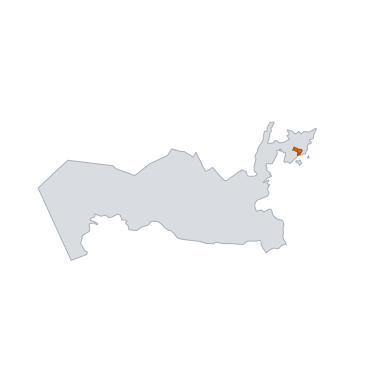 location of Altiarik, Ferghana, Uzbekistan, rotated 325°
{"feature_id": "79887680B43666703114629", "entity_name": "Altiarik", "entity_type": "district", "adm_level": 2, "iso_a3": "UZB", "parent_name": "Uzbekistan", "parent_adm1": "Ferghana", "projection": "orthographic", "projection_center": [71.41, 40.491], "detail": "fine", "context": "in_parent", "style": "filled", "palette": "amber", "viewbox_px": 384, "rotation_deg": 325, "n_neighbors": 0, "source": "geoboundaries", "source_scale": "gbopen_adm2", "svg_char_len": 4587}
<svg xmlns="http://www.w3.org/2000/svg" viewBox="0 0 384 384"><g transform="rotate(325 192 192)"><path d="M290.7,182.2L295.9,179.7L298.7,181.4L299.0,182.4L295.8,184.2L293.0,185.2L292.1,187.5L289.3,188.5L286.5,191.8L282.0,195.0L281.9,195.7L282.3,196.3L283.7,196.7L286.7,198.5L289.5,197.5L290.2,197.8L290.9,198.8L291.7,201.8L292.9,202.7L297.0,204.2L300.1,204.3L301.6,204.9L301.9,204.6L302.1,200.2L303.4,200.9L304.8,200.3L305.3,198.1L305.0,196.7L306.0,195.8L306.6,196.4L306.6,197.7L308.1,198.6L309.2,200.8L309.5,203.3L312.4,204.0L313.4,203.5L314.2,203.7L314.6,206.9L315.0,207.2L317.5,206.5L319.8,207.8L322.4,210.2L325.2,210.4L325.8,210.8L327.8,210.4L330.1,211.0L330.2,211.4L329.8,211.9L324.3,215.0L322.8,217.0L321.6,217.7L318.2,216.6L317.7,217.9L318.3,219.1L317.5,220.4L315.8,220.0L315.5,219.3L313.8,219.7L311.9,221.8L310.9,223.6L309.1,224.1L306.6,225.9L305.5,224.5L303.7,224.7L301.3,223.3L300.2,223.0L289.4,224.8L288.5,224.5L287.4,222.1L284.8,220.8L284.9,219.6L290.4,214.7L291.1,213.2L289.3,212.3L289.6,211.0L286.1,207.0L285.4,206.7L284.9,206.9L283.6,209.8L274.0,214.7L272.6,214.2L270.5,212.3L269.2,211.6L267.4,213.1L267.4,215.1L265.6,216.5L267.1,221.7L266.9,222.4L265.7,222.5L266.6,224.5L265.8,224.7L261.2,223.8L255.9,224.9L256.0,225.7L260.8,225.7L261.4,226.1L261.5,226.7L261.2,227.1L258.7,227.5L258.4,228.3L259.7,230.6L259.1,231.1L258.2,230.7L257.4,232.1L255.8,232.0L254.8,236.4L253.4,237.9L251.6,238.6L240.3,236.1L237.3,237.4L235.3,239.3L233.8,244.1L233.9,244.6L238.7,246.7L239.4,249.7L245.2,250.2L246.2,250.7L246.7,251.4L246.9,252.2L245.1,257.0L245.6,261.2L246.5,263.2L249.8,267.1L249.6,269.1L248.7,270.9L247.7,272.5L246.6,273.1L245.1,275.0L243.7,277.5L241.0,280.6L240.1,282.4L239.6,287.6L238.9,289.2L238.8,288.6L237.9,287.9L235.3,287.6L234.8,286.9L231.4,288.0L229.3,287.4L227.2,285.1L223.1,284.1L217.8,284.3L217.9,278.9L218.4,274.9L220.3,271.8L220.3,271.2L219.4,270.1L216.3,269.0L212.8,266.3L209.5,264.4L207.6,263.8L205.3,264.5L203.4,264.1L194.8,257.0L187.5,251.8L182.6,246.6L180.1,246.9L173.8,241.9L169.9,236.8L156.8,225.1L154.3,222.3L153.7,220.9L153.3,214.4L152.3,211.4L150.7,209.6L149.5,206.4L148.0,198.6L147.4,197.2L143.5,193.6L141.3,192.5L139.5,192.8L138.4,194.0L137.0,193.9L131.1,191.9L124.4,191.7L119.1,187.1L118.8,186.5L119.0,185.4L120.4,183.1L120.3,181.9L119.7,180.6L119.9,179.4L120.5,178.7L121.5,179.1L122.0,178.7L121.9,178.0L120.8,176.3L118.4,174.5L119.0,173.6L119.5,171.2L120.0,170.0L119.7,169.5L118.0,167.4L111.6,166.5L110.2,165.7L109.1,164.9L108.2,162.0L107.7,161.3L103.5,159.6L99.7,154.3L98.5,156.2L97.6,156.5L94.3,155.4L92.4,156.5L95.8,161.8L96.5,163.4L96.3,164.3L95.1,164.2L94.4,161.8L93.8,161.1L90.0,159.2L88.5,160.4L87.9,162.2L85.7,165.0L83.6,165.3L78.8,164.7L77.3,165.1L76.2,165.8L73.9,168.3L71.2,170.0L70.6,178.8L71.8,181.2L69.9,182.8L53.8,178.7L68.2,100.5L91.8,97.0L108.5,94.8L141.7,124.6L142.5,125.7L142.7,127.9L143.4,129.7L154.5,145.7L173.7,144.7L192.8,148.0L200.2,145.0L205.5,151.8L208.8,154.4L213.0,164.1L217.9,161.9L216.4,173.1L215.6,176.4L215.1,183.1L222.9,183.8L224.0,194.7L225.3,201.6L227.0,202.5L242.0,202.3L243.1,202.8L245.3,202.2L246.6,204.4L248.0,205.9L246.8,210.6L248.6,212.6L252.7,215.0L255.3,215.0L255.7,214.2L255.7,213.1L255.1,211.9L255.2,210.5L255.6,209.5L258.2,206.0L262.4,202.6L263.4,201.3L263.8,199.1L265.3,197.9L268.8,196.5L269.3,195.4L273.6,192.7L278.5,191.0L280.7,189.6L282.8,186.9L285.9,184.1L287.1,184.1L287.9,185.0L288.6,185.0L290.7,182.2ZM289.5,208.9L289.0,207.5L288.2,207.0L287.8,207.2L289.0,208.9L289.5,208.9ZM298.5,231.6L295.3,231.5L295.8,229.4L294.7,228.4L294.5,227.3L294.7,226.3L295.5,226.0L296.4,227.5L298.9,228.2L298.1,229.7L298.7,231.2L298.5,231.6ZM308.2,229.3L307.6,231.2L306.2,230.4L306.4,229.9L308.2,229.3Z" fill="#d9dde1" stroke="#a8b0b8" stroke-width="1"/><path d="M301.3,218.9L301.6,219.1L301.5,219.8L301.9,219.9L301.9,220.2L302.3,220.5L302.0,220.6L301.5,220.8L301.1,220.9L301.0,221.2L300.8,221.6L300.4,221.7L299.7,222.1L299.7,222.5L299.8,222.6L300.1,222.6L300.6,222.4L300.8,222.5L301.0,222.7L301.4,222.7L301.5,222.8L301.8,223.1L302.1,222.0L302.4,222.0L302.9,221.9L303.3,222.3L303.8,222.1L304.4,222.0L304.9,221.7L305.7,221.2L305.5,220.4L305.8,220.2L305.6,219.7L304.9,219.4L304.4,219.2L304.3,218.9L304.1,218.9L304.1,218.7L303.6,218.2L303.3,218.3L303.0,218.0L302.7,217.8L302.8,217.5L303.1,217.2L303.1,216.7L302.8,216.4L302.6,216.2L302.4,216.2L302.0,216.0L301.6,214.3L301.3,214.3L301.1,214.1L300.8,214.3L300.5,214.6L300.0,214.8L299.6,215.2L299.2,215.3L298.9,215.6L299.3,215.8L300.2,216.3L300.2,216.7L300.4,217.1L300.3,217.6L300.8,218.0L301.6,218.1L301.3,218.9Z" fill="#f59e0b" stroke="#b45309" stroke-width="1.5"/></g></svg>